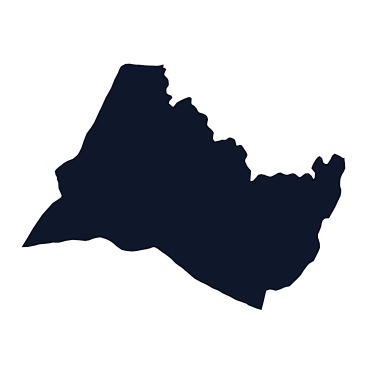 Kaoh Soutin, Kâmpóng Cham, Cambodia, rotated 200°
{"feature_id": "14789045B43431030516804", "entity_name": "Kaoh Soutin", "entity_type": "district", "adm_level": 2, "iso_a3": "KHM", "parent_name": "Cambodia", "parent_adm1": "Kâmpóng Cham", "projection": "equal_earth", "projection_center": [105.361, 11.887], "detail": "fine", "context": "isolated", "style": "filled", "palette": "ink", "viewbox_px": 384, "rotation_deg": 200, "n_neighbors": 0, "source": "geoboundaries", "source_scale": "gbopen_adm2", "svg_char_len": 3902}
<svg xmlns="http://www.w3.org/2000/svg" viewBox="0 0 384 384"><g transform="rotate(200 192 192)"><path d="M162.0,113.0L159.7,112.2L155.9,111.6L152.0,111.0L149.1,110.8L146.3,110.5L143.2,110.0L140.3,109.4L137.6,109.2L134.9,109.2L131.9,108.8L129.4,108.2L127.0,107.9L123.6,107.6L120.4,107.4L116.1,106.6L112.9,106.3L102.6,106.4L100.1,105.6L96.3,105.5L92.2,105.4L87.1,105.6L87.4,108.0L87.8,112.6L88.6,119.0L89.0,122.2L89.1,125.2L87.3,126.6L85.6,127.8L83.2,128.3L79.8,128.6L76.2,131.3L73.3,134.2L70.9,136.0L68.7,137.2L64.1,146.5L62.1,151.2L61.0,156.1L59.6,161.0L58.3,164.7L55.5,168.2L54.7,169.4L54.2,173.3L53.6,178.7L53.4,183.2L55.0,187.1L57.4,190.3L58.9,192.3L59.9,195.4L59.6,199.1L59.5,203.8L60.1,206.7L60.2,209.9L59.2,212.3L57.9,213.5L55.0,214.8L54.2,219.4L52.9,227.1L52.6,231.3L52.2,235.8L51.8,238.9L52.3,242.0L53.3,245.1L55.0,247.1L56.0,249.1L57.3,253.1L57.8,255.7L57.7,259.9L57.0,263.1L56.8,266.3L57.4,267.8L58.8,271.2L60.3,273.8L60.8,275.1L61.6,274.6L64.5,275.5L68.3,275.9L70.7,276.1L72.0,273.8L72.3,269.9L73.8,264.1L76.0,263.1L79.1,263.9L81.7,267.6L84.1,268.5L85.2,267.1L86.1,264.7L87.1,259.0L87.2,255.5L84.3,253.7L82.9,253.0L82.2,252.0L81.7,250.4L80.8,247.7L81.4,245.1L83.0,245.1L85.6,247.5L88.8,248.7L91.4,247.6L92.6,246.0L94.3,243.0L96.1,241.7L98.0,242.3L100.8,243.3L103.2,243.5L105.8,241.7L107.7,240.2L110.2,239.5L112.7,239.5L115.0,239.9L117.2,238.8L119.0,236.5L121.8,233.6L123.5,232.4L126.6,232.1L129.5,232.2L132.9,231.7L135.0,230.3L136.0,227.5L137.7,223.3L139.2,222.0L140.7,221.3L141.8,222.6L142.9,226.3L144.3,231.7L146.3,232.7L149.1,234.4L151.4,236.7L153.4,238.7L153.8,240.9L153.3,243.9L153.3,245.5L154.6,247.0L156.0,248.2L157.6,249.3L159.9,251.1L161.8,252.2L162.8,251.9L164.8,250.4L166.8,250.3L168.2,252.7L169.9,255.1L171.9,255.6L174.5,255.6L175.8,254.8L176.9,252.8L178.6,251.5L180.8,250.9L181.7,250.4L182.8,249.5L185.3,247.9L187.2,246.7L187.9,246.5L190.3,247.8L191.2,249.0L192.0,251.7L192.5,254.8L194.2,256.0L196.2,257.0L198.4,257.8L200.6,259.0L201.5,260.1L202.0,262.1L202.5,265.6L203.3,266.6L204.2,267.6L206.0,268.4L208.1,268.7L210.9,268.5L213.0,268.5L214.8,269.6L216.6,271.4L219.5,273.0L222.8,273.7L224.0,275.7L224.9,279.2L226.0,279.7L227.6,279.1L230.4,276.7L233.4,273.7L236.2,270.5L237.6,266.2L238.4,264.7L240.0,265.0L241.8,265.7L243.9,266.5L244.7,266.7L245.2,269.8L243.7,273.0L243.6,274.0L244.6,274.7L246.3,274.7L248.3,274.9L249.5,275.3L250.1,275.7L250.8,276.6L251.3,277.8L251.8,279.4L252.1,281.0L251.2,283.5L251.3,285.1L252.0,286.5L253.0,288.6L254.4,289.8L257.6,291.3L259.3,292.8L259.2,295.0L259.0,298.0L260.0,298.5L262.1,297.8L262.5,299.8L262.8,300.9L263.7,300.3L264.7,299.5L267.0,298.2L268.8,297.5L271.6,296.7L276.0,295.2L280.9,293.8L284.7,292.9L287.9,291.8L290.9,291.1L294.0,290.6L298.0,288.9L301.0,285.5L301.5,282.2L301.6,278.3L302.6,271.1L302.8,264.2L302.9,261.7L303.9,255.6L304.7,251.0L305.5,240.0L306.0,236.1L306.3,231.9L307.0,223.5L308.2,217.8L310.3,210.9L310.5,204.1L310.4,199.0L310.3,195.4L310.7,192.0L311.4,187.8L313.0,184.8L314.5,182.2L316.7,180.1L319.0,178.2L321.9,174.7L323.4,172.1L325.2,169.5L326.7,166.5L327.2,164.7L325.7,162.2L324.6,161.2L323.4,160.2L322.6,158.0L320.7,156.1L320.1,155.2L319.0,152.5L318.0,150.3L315.9,148.0L314.2,146.2L312.5,144.4L312.3,142.0L318.5,133.7L324.3,119.2L328.3,103.3L330.2,92.9L332.2,83.1L330.2,83.9L328.0,84.8L324.8,86.7L321.4,88.7L318.8,90.7L316.1,92.2L312.4,93.9L309.0,95.6L305.9,97.5L303.0,98.5L300.4,99.4L297.6,101.2L293.7,103.9L288.1,106.9L282.0,108.7L275.8,110.2L272.6,112.0L270.1,114.3L267.3,116.4L263.0,118.8L256.6,119.1L252.0,118.6L248.6,117.7L247.2,117.2L244.2,115.9L238.2,114.3L233.6,114.9L228.0,116.4L223.4,118.7L219.6,121.1L215.8,123.2L212.7,125.3L210.1,127.5L208.8,128.0L206.1,128.0L201.5,126.7L198.8,125.8L195.6,125.1L191.8,123.9L188.7,122.9L186.0,121.6L183.1,120.2L179.3,119.0L178.2,118.8L176.8,118.4L174.6,117.8L171.1,116.4L167.9,115.3L164.4,113.9L162.0,113.0Z" fill="#0f172a" stroke="#020617" stroke-width="1.5"/></g></svg>